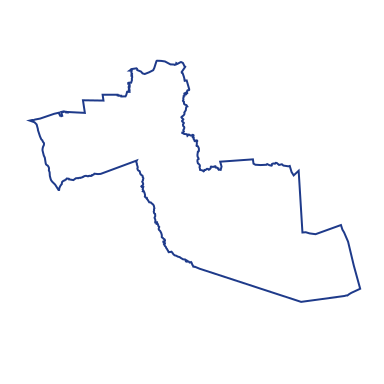 the district of Junín, San Luis, Argentina, rotated 167°
{"feature_id": "61730980B92635702663446", "entity_name": "Junín", "entity_type": "district", "adm_level": 2, "iso_a3": "ARG", "parent_name": "Argentina", "parent_adm1": "San Luis", "projection": "equal_earth", "projection_center": [-65.257, -32.22], "detail": "fine", "context": "isolated", "style": "outline", "palette": "blue", "viewbox_px": 384, "rotation_deg": 167, "n_neighbors": 0, "source": "geoboundaries", "source_scale": "gbopen_adm2", "svg_char_len": 6112}
<svg xmlns="http://www.w3.org/2000/svg" viewBox="0 0 384 384"><g transform="rotate(167 192 192)"><path d="M334.1,298.1L329.8,295.4L328.2,292.8L328.0,287.9L328.2,287.1L327.6,280.4L327.0,277.2L326.2,276.0L326.0,274.6L325.3,273.1L325.3,272.5L325.7,271.2L327.2,269.2L328.0,267.4L328.3,266.1L328.2,260.6L328.0,260.1L327.7,258.4L328.1,252.9L328.0,251.8L327.6,251.1L326.6,250.1L326.0,248.3L326.0,247.1L326.6,245.3L326.3,243.3L326.9,239.6L326.8,236.4L326.6,235.1L325.9,233.5L323.7,230.0L321.6,224.0L321.0,223.9L320.3,225.8L318.6,227.9L317.1,229.0L316.9,229.8L316.1,231.2L314.5,231.9L313.5,231.9L312.5,232.5L311.9,232.5L311.0,233.3L309.2,232.7L309.0,232.1L308.7,232.2L308.3,231.7L304.9,230.3L302.1,231.5L300.4,231.3L299.9,231.0L298.7,231.2L297.4,230.8L297.2,231.0L295.5,231.0L295.0,231.3L294.4,231.2L294.1,231.5L292.8,231.7L291.6,231.6L289.9,230.7L289.4,230.9L289.0,230.7L288.4,230.9L286.8,230.3L286.1,230.5L285.9,230.9L285.3,230.7L284.9,231.0L283.9,231.1L283.0,231.8L279.6,230.6L276.9,230.2L238.7,235.1L239.6,233.9L239.3,232.1L239.5,231.6L239.3,228.7L239.4,228.0L239.9,227.4L239.9,226.1L239.8,225.7L239.3,224.8L238.5,224.3L238.3,223.7L238.3,221.3L238.0,221.0L237.6,220.0L236.6,219.1L236.5,218.2L236.7,217.5L236.3,216.4L236.5,215.8L237.1,215.0L237.2,214.3L238.2,213.2L237.7,211.5L238.0,210.1L238.5,209.6L239.7,209.2L240.1,208.8L239.7,208.1L238.4,207.8L239.5,205.6L239.0,204.4L239.7,203.7L238.7,203.1L238.5,202.2L238.4,199.8L238.6,198.9L239.0,198.1L238.2,196.8L237.4,196.6L237.2,196.1L237.5,195.4L236.8,194.1L236.0,191.6L234.5,191.1L233.9,190.0L233.7,189.9L232.8,188.7L232.3,187.5L232.3,184.5L232.9,183.9L233.1,182.5L233.7,181.5L233.7,180.6L233.6,179.7L232.9,179.0L233.1,177.4L233.4,176.4L234.2,175.6L234.3,175.1L234.0,173.6L234.1,172.2L234.6,171.1L234.7,170.5L234.4,170.3L233.2,170.5L232.9,170.4L233.0,170.0L233.5,169.8L233.7,169.4L233.7,168.9L232.6,168.7L232.4,167.3L232.5,166.6L231.8,165.3L232.6,164.0L232.8,163.2L232.7,162.6L231.8,161.2L231.2,158.9L231.1,156.8L231.6,154.8L231.4,154.4L230.8,153.9L230.2,152.7L229.5,152.2L229.2,151.4L229.3,150.5L229.7,150.3L231.0,150.3L231.2,150.0L231.2,149.7L229.8,148.2L230.0,147.8L231.1,147.5L231.0,147.0L230.6,146.4L230.6,145.6L229.9,144.6L229.6,142.8L229.2,142.2L228.9,140.9L228.6,140.3L228.4,138.9L228.1,138.5L227.3,138.6L226.7,138.4L225.5,138.5L225.3,138.3L224.3,136.1L224.1,135.4L223.0,134.1L221.6,133.4L220.5,132.3L218.6,131.3L217.9,130.4L215.8,128.4L213.9,127.8L213.6,127.2L213.6,125.9L213.4,125.6L213.0,125.4L212.8,126.5L212.6,126.6L211.9,125.7L210.8,124.9L210.3,123.9L210.0,123.7L208.7,124.0L208.4,123.5L208.0,120.8L207.8,120.6L207.5,119.0L207.0,119.0L206.5,118.5L206.0,118.5L201.8,115.5L110.4,60.4L66.9,56.4L64.8,56.5L63.9,56.2L61.9,57.1L59.4,57.9L49.9,59.9L50.9,84.0L51.1,108.5L52.9,118.4L53.9,121.5L54.3,126.3L81.1,123.1L86.7,125.2L90.2,127.2L93.5,127.7L83.3,188.7L89.2,185.3L90.5,189.1L90.9,195.4L92.2,195.3L97.0,197.2L98.2,198.8L101.1,198.8L102.9,201.2L103.6,201.5L104.0,201.6L104.8,200.9L106.4,201.5L107.7,201.3L108.2,200.7L108.3,199.9L108.7,199.8L110.5,200.7L112.5,202.3L113.4,201.8L119.0,202.8L124.1,204.3L125.7,205.8L125.3,210.1L157.7,215.2L157.5,210.1L159.1,207.1L160.1,207.6L160.9,207.6L161.2,208.2L161.0,209.0L161.6,209.2L161.8,209.9L163.4,210.5L163.6,210.7L163.3,211.6L163.6,211.9L165.9,211.7L167.7,212.5L168.0,212.3L168.5,211.0L170.0,210.0L170.8,210.0L171.2,210.9L172.3,211.2L173.9,210.4L174.9,210.7L175.7,209.6L176.1,209.5L176.9,210.6L179.2,211.8L179.0,212.7L179.1,214.6L178.5,215.4L178.4,216.4L179.2,218.0L179.8,218.6L179.8,220.8L179.4,222.0L178.9,222.5L178.1,222.7L178.1,223.6L178.6,225.2L178.4,226.8L177.2,230.0L176.8,230.2L176.7,229.9L176.1,230.4L175.8,231.4L175.5,233.1L175.9,234.9L176.1,235.4L177.1,235.8L177.2,236.0L176.5,237.6L176.2,239.1L176.3,240.1L175.9,240.6L175.5,240.5L175.4,240.9L175.7,241.2L176.2,241.3L177.2,241.3L177.9,241.0L178.0,241.1L178.1,242.3L178.5,243.3L178.1,244.3L178.9,245.0L177.8,246.4L177.8,247.1L178.1,247.4L178.8,247.6L179.6,246.9L180.9,247.5L181.7,248.4L182.2,248.7L183.8,247.8L183.9,249.2L184.1,249.5L186.6,250.3L187.2,251.0L188.2,251.6L188.1,252.1L187.1,252.1L186.3,252.8L186.6,254.0L186.2,254.8L185.5,255.3L185.0,256.5L185.0,257.2L185.7,258.2L185.7,259.5L185.5,260.0L184.7,260.6L184.4,261.1L184.5,261.4L185.7,263.0L185.7,263.5L185.4,263.8L184.7,264.1L184.1,264.8L185.1,266.3L185.5,267.2L185.3,267.5L183.1,268.5L182.2,269.2L181.9,269.6L181.4,271.1L181.5,271.3L179.7,273.0L178.6,275.9L178.3,276.0L177.9,276.5L177.4,276.5L177.9,277.9L179.4,278.9L179.9,279.7L179.6,281.8L180.1,282.2L180.3,282.9L179.6,283.9L179.4,285.5L178.7,286.4L178.7,287.1L178.6,287.4L177.5,287.6L177.4,289.6L177.2,289.8L176.5,289.9L176.1,288.9L175.7,288.6L175.0,289.2L174.4,289.4L174.4,289.9L174.8,290.1L174.9,290.3L174.3,291.3L173.7,291.6L173.4,292.1L172.1,291.9L171.8,292.1L171.6,292.8L172.1,301.9L174.1,302.0L174.1,302.7L173.9,302.7L174.0,306.2L174.4,309.9L175.1,310.4L175.1,310.9L175.1,311.2L169.8,316.1L170.9,315.6L171.8,319.7L173.1,320.9L173.9,321.1L177.4,320.1L178.3,321.1L179.0,319.8L180.4,319.8L180.7,320.2L184.3,321.2L189.0,325.3L192.6,326.7L196.6,327.8L197.2,327.5L200.8,321.4L202.4,319.4L206.8,318.3L211.5,317.6L213.5,318.7L214.6,320.8L217.9,323.1L217.8,324.3L218.3,325.0L223.5,325.4L224.5,324.7L225.5,324.3L223.5,323.7L224.3,321.7L224.2,321.4L223.8,320.9L223.8,320.5L224.7,319.8L224.8,319.2L224.3,319.3L224.2,318.9L224.5,317.2L225.2,315.8L225.3,314.6L226.7,312.2L228.9,312.7L229.6,312.6L229.8,311.8L228.8,311.4L228.6,310.7L228.8,309.6L229.3,309.8L229.6,309.5L229.6,309.1L230.0,308.7L229.8,308.3L229.4,308.2L229.4,307.8L230.2,307.6L230.2,307.3L230.0,307.2L230.2,306.7L229.9,306.2L229.9,305.6L230.2,305.6L230.4,305.8L230.9,305.4L230.9,304.7L230.3,304.7L230.2,304.5L230.3,303.6L232.7,304.2L234.2,301.4L235.3,300.1L239.4,301.0L239.3,301.7L241.9,302.3L241.8,302.8L242.8,303.0L242.7,303.5L257.2,306.9L257.7,301.0L277.6,305.9L278.6,293.2L295.1,297.9L295.2,297.4L296.8,297.9L296.7,298.5L298.4,299.1L298.4,298.9L299.3,298.9L299.2,299.4L301.5,299.4L301.3,295.4L302.2,295.3L302.3,296.0L303.3,296.0L303.8,298.0L303.7,299.2L308.7,299.2L323.5,297.7L328.6,297.9L330.2,297.7L331.4,298.1L334.1,298.1Z" fill="none" stroke="#1e3a8a" stroke-width="2"/></g></svg>